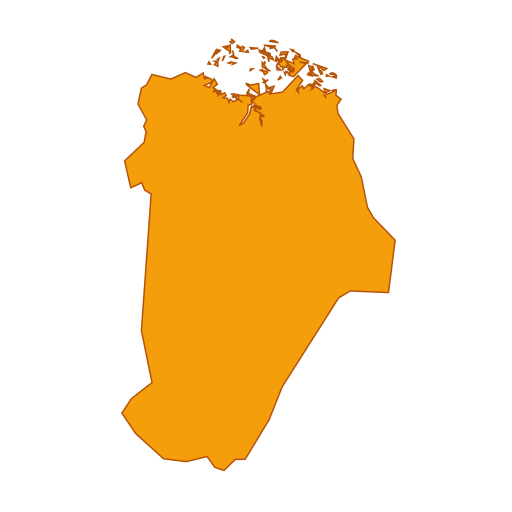 Rufiji, Pwani, United Republic of Tanzania (Mercator projection), rotated 274°
{"feature_id": "72390352B25336426084217", "entity_name": "Rufiji", "entity_type": "district", "adm_level": 2, "iso_a3": "TZA", "parent_name": "United Republic of Tanzania", "parent_adm1": "Pwani", "projection": "mercator", "projection_center": [39.283, -7.991], "detail": "fine", "context": "isolated", "style": "filled", "palette": "amber", "viewbox_px": 512, "rotation_deg": 274, "n_neighbors": 0, "source": "geoboundaries", "source_scale": "gbopen_adm2", "svg_char_len": 6222}
<svg xmlns="http://www.w3.org/2000/svg" viewBox="0 0 512 512"><g transform="rotate(274 256 256)"><path d="M418.4,330.0L421.9,324.5L427.0,324.5L422.1,315.4L428.5,305.2L429.2,301.7L427.0,301.2L426.2,299.8L432.6,303.7L430.3,307.5L430.6,308.7L435.0,302.6L428.5,299.8L429.6,297.9L431.0,300.2L431.2,297.0L426.1,291.9L429.0,290.5L425.2,286.1L422.1,287.1L424.4,284.6L434.4,290.2L439.0,285.4L421.4,271.1L418.5,258.4L419.9,257.7L422.1,254.0L420.5,255.8L413.2,241.7L412.7,243.9L410.7,240.7L408.2,244.1L405.0,243.3L406.0,244.9L406.2,246.4L405.8,246.6L404.7,246.3L405.3,248.8L405.0,249.9L403.8,250.9L403.0,250.7L402.6,249.7L403.7,246.9L403.7,250.7L404.3,246.2L406.0,246.2L404.8,244.9L402.2,245.5L401.4,244.6L398.8,250.7L398.3,251.0L396.9,250.3L396.1,250.7L396.9,250.9L397.1,251.4L397.1,253.2L396.7,253.7L396.1,254.0L395.8,254.0L395.7,253.7L396.4,253.3L395.4,252.1L395.3,251.9L395.2,251.1L394.4,250.7L393.7,250.2L391.5,252.6L385.5,252.7L393.6,250.1L395.3,251.0L396.4,253.1L396.4,253.6L395.9,253.7L396.1,254.0L397.0,253.2L397.0,251.5L395.9,250.6L396.8,250.3L398.7,250.7L401.0,244.6L402.1,244.3L402.4,245.3L404.4,244.6L405.6,245.3L405.7,244.7L404.1,243.5L405.2,241.1L396.8,239.5L387.9,234.4L384.8,230.1L398.0,237.6L405.9,237.7L407.5,241.6L411.0,240.3L413.1,241.5L415.1,238.5L415.3,244.4L417.7,237.0L422.5,237.8L417.4,235.4L415.4,237.5L415.2,227.7L411.1,227.6L408.4,232.0L412.4,225.0L410.1,225.9L408.3,222.6L410.7,219.2L407.2,218.3L411.2,216.6L411.6,212.0L414.0,215.1L416.6,213.3L414.6,210.1L418.4,209.0L416.9,207.8L414.9,208.1L413.7,207.1L418.9,207.4L415.1,205.1L418.5,205.4L416.6,201.6L419.6,204.2L420.8,201.3L424.7,205.5L429.9,201.8L420.7,197.6L422.6,192.5L426.3,200.2L429.1,199.4L431.7,192.6L430.0,194.4L429.1,192.3L434.9,190.6L430.0,183.8L434.0,172.8L426.6,158.7L429.8,139.5L419.1,134.9L415.4,129.9L399.4,127.7L384.1,137.5L377.5,134.9L372.4,137.7L361.6,136.5L341.7,118.3L315.3,126.3L321.2,136.9L313.9,140.4L310.5,147.1L173.6,146.9L122.5,161.1L105.0,141.6L89.9,133.2L70.6,148.2L47.3,177.9L46.0,200.8L52.5,221.2L42.3,229.7L39.8,239.0L51.7,249.6L52.4,259.3L93.4,280.4L127.5,291.3L219.9,341.3L227.7,352.5L228.8,390.7L281.5,393.7L302.2,370.6L312.3,363.8L342.3,355.5L359.9,345.7L379.6,345.5L403.8,327.9L411.9,326.2L418.4,330.0ZM418.7,314.9L420.8,312.9L420.6,313.8L418.7,314.9ZM450.5,280.6L453.1,272.5L448.9,275.6L445.4,281.2L443.4,281.0L441.8,279.5L444.4,276.2L440.6,277.2L438.9,275.9L437.5,280.9L451.3,292.6L452.6,285.7L452.0,294.3L453.9,294.9L458.7,281.4L456.2,280.6L455.8,284.2L454.9,279.0L450.5,280.6ZM428.3,246.6L425.5,236.4L426.4,234.3L417.1,248.3L428.3,246.6ZM450.1,265.1L446.6,267.3L446.4,273.6L448.1,273.3L447.7,274.0L448.4,274.9L448.1,275.4L453.0,272.4L453.4,271.5L454.3,270.4L455.7,269.7L455.5,267.9L452.4,268.5L450.1,265.1ZM454.4,255.2L452.9,259.9L455.8,258.1L457.2,253.1L457.7,256.9L458.2,252.5L458.5,256.0L459.1,255.8L461.9,243.9L458.7,254.2L459.9,244.6L456.5,253.6L450.5,255.2L454.4,255.2ZM451.9,299.1L450.5,303.7L446.1,305.7L448.8,306.8L445.8,310.9L448.0,313.5L451.9,299.1ZM428.1,253.5L423.4,254.7L423.7,260.4L420.6,257.5L418.9,259.5L426.6,262.2L424.7,256.8L428.1,253.5ZM454.9,219.5L453.0,216.6L452.5,220.9L451.8,221.0L451.7,224.4L453.6,220.2L459.5,218.3L454.9,219.5ZM458.0,266.0L459.6,271.4L453.6,271.4L461.9,273.7L461.2,266.9L458.0,266.0ZM465.3,257.1L463.9,255.1L465.2,259.8L461.5,263.1L466.3,259.3L466.8,261.3L466.9,249.0L465.3,257.1ZM449.4,248.7L445.0,249.1L441.3,257.6L443.3,254.1L449.4,248.7ZM427.7,312.2L423.6,313.9L426.2,318.1L427.7,312.2ZM445.8,296.5L440.2,299.4L440.0,306.0L441.2,302.1L445.8,296.5ZM460.0,202.4L450.1,197.9L459.7,204.9L457.2,202.0L460.0,202.4ZM464.7,215.5L460.6,211.6L458.6,215.1L456.5,215.6L457.1,216.5L464.7,215.5ZM459.3,225.4L459.0,228.4L463.3,229.8L464.2,227.8L459.3,225.4ZM447.4,201.0L446.4,203.1L444.0,201.1L442.6,204.8L447.8,204.2L447.4,201.0ZM448.0,276.3L445.9,276.1L443.3,280.2L445.5,280.3L448.0,276.3ZM456.4,262.3L451.7,261.9L452.3,264.5L454.9,262.8L453.2,265.9L456.4,262.3ZM441.4,250.1L437.5,251.8L439.4,254.6L441.1,254.5L441.4,250.1ZM463.4,243.8L463.5,235.7L462.0,236.9L463.4,243.8ZM446.5,263.6L443.1,264.0L443.3,268.0L446.5,263.6ZM436.5,304.4L434.1,308.1L434.7,310.3L437.6,306.9L436.5,304.4ZM459.8,286.0L462.2,280.7L458.2,286.2L459.8,286.0ZM412.4,220.9L413.6,225.8L415.5,227.5L416.0,225.2L412.4,220.9ZM452.8,209.9L448.1,208.8L453.1,210.9L452.8,209.9ZM470.9,216.0L469.2,217.7L467.9,215.2L466.3,217.3L468.3,219.7L470.9,216.0ZM445.4,306.1L441.6,308.2L442.5,309.6L445.5,308.2L445.4,306.1ZM449.7,295.3L446.4,296.4L444.9,299.1L448.5,298.6L449.7,295.3ZM441.4,323.7L440.0,319.7L439.2,323.6L441.4,323.7ZM451.4,264.1L452.4,267.9L454.7,266.7L452.7,266.4L451.4,264.1ZM439.9,276.7L442.2,273.8L442.3,272.1L439.9,276.7ZM460.6,233.4L458.8,230.8L458.7,234.2L460.6,233.4ZM463.5,212.5L462.4,208.7L460.6,211.3L463.5,212.5ZM459.0,206.7L457.3,203.9L454.6,201.8L459.0,206.7ZM444.2,319.6L442.8,316.4L442.2,323.6L444.2,319.6ZM471.6,255.0L471.1,254.8L470.4,263.6L472.1,258.7L472.2,256.2L471.6,255.0ZM433.0,250.8L430.8,251.9L432.6,256.1L431.6,253.0L433.0,250.8ZM442.7,296.0L440.5,294.7L439.6,298.8L442.7,296.0ZM436.8,267.7L433.1,265.5L435.4,268.9L436.8,267.7ZM446.5,195.6L444.2,194.6L444.1,197.3L446.5,195.6ZM447.2,276.0L445.8,275.2L444.3,274.9L444.0,275.3L447.2,276.0ZM464.4,276.5L462.3,278.6L463.0,280.0L464.0,279.3L464.4,276.5ZM464.3,249.9L461.1,248.2L461.5,250.9L464.3,249.9ZM426.7,237.1L427.7,233.5L426.1,236.7L426.7,237.1ZM455.8,248.1L453.8,250.0L454.4,250.7L455.8,248.1ZM447.0,220.0L445.6,219.3L447.0,222.2L447.5,219.4L447.0,220.0ZM450.9,251.0L447.9,250.3L448.5,251.6L450.9,251.0ZM446.2,217.3L447.7,217.6L446.7,215.0L446.2,217.3ZM446.0,300.9L449.9,299.0L445.3,299.6L446.0,300.9ZM449.0,265.1L449.4,263.9L447.4,263.4L449.0,265.1ZM441.8,313.7L440.1,313.7L440.6,316.2L441.8,313.7ZM450.7,205.4L449.6,203.8L448.8,204.9L450.7,205.4ZM426.6,320.1L426.3,322.6L426.9,323.8L427.4,323.8L426.6,320.1ZM415.7,220.4L414.6,222.4L416.3,222.9L415.7,220.4ZM465.0,222.7L462.9,222.5L462.1,225.3L463.2,225.8L465.0,222.7ZM440.8,271.6L438.9,272.6L440.0,273.0L440.8,271.6ZM441.7,247.4L440.8,249.3L442.4,249.3L441.7,247.4ZM445.8,269.4L444.2,269.8L444.6,270.6L445.8,269.4ZM442.2,237.5L440.5,237.3L442.4,239.8L442.2,237.5ZM431.5,254.7L429.6,251.2L429.3,252.5L431.5,254.7Z" fill="#f59e0b" stroke="#b45309" stroke-width="1.5"/></g></svg>